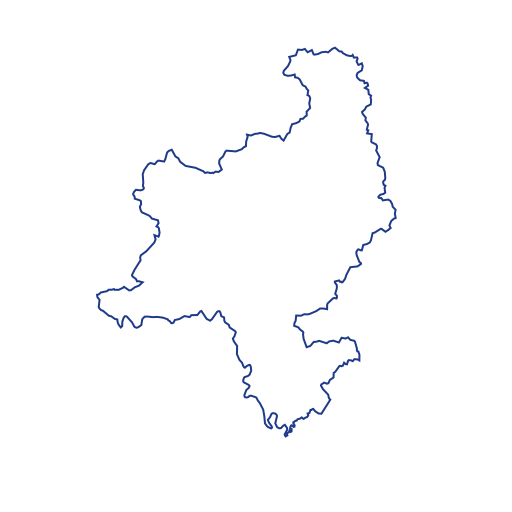 Van Quan, Lạng Sơn, Vietnam (Albers equal-area conic projection), rotated 160°
{"feature_id": "81297802B89235073975729", "entity_name": "Van Quan", "entity_type": "district", "adm_level": 2, "iso_a3": "VNM", "parent_name": "Vietnam", "parent_adm1": "Lạng Sơn", "projection": "albers", "projection_center": [106.543, 21.85], "detail": "fine", "context": "isolated", "style": "outline", "palette": "blue", "viewbox_px": 512, "rotation_deg": 160, "n_neighbors": 0, "source": "geoboundaries", "source_scale": "gbopen_adm2", "svg_char_len": 6079}
<svg xmlns="http://www.w3.org/2000/svg" viewBox="0 0 512 512"><g transform="rotate(160 256 256)"><path d="M94.4,363.4L94.2,365.8L93.0,367.3L94.7,369.5L93.6,373.8L96.2,376.7L92.4,377.7L92.1,380.0L92.6,381.0L94.9,381.2L94.7,383.7L98.1,385.5L99.7,388.6L99.9,390.0L99.4,391.7L97.9,393.3L93.1,394.3L90.8,397.9L90.7,400.9L94.1,400.4L94.6,400.9L94.9,404.5L93.0,406.7L93.1,408.0L96.2,409.0L96.4,411.8L97.3,411.3L98.8,411.5L102.1,413.6L105.1,417.1L105.5,418.8L107.6,419.7L110.5,424.7L113.3,424.6L118.6,422.7L120.8,424.1L124.6,425.0L128.8,424.6L132.4,425.3L132.9,425.8L133.1,430.4L137.8,429.8L139.3,433.9L142.3,433.9L146.0,435.6L149.9,431.0L156.7,431.7L156.6,428.3L157.2,427.2L160.9,423.6L166.5,420.5L167.7,418.9L167.4,416.6L164.6,414.5L161.4,413.6L157.6,413.3L158.2,410.5L156.0,409.3L154.6,407.2L153.7,400.5L151.5,398.2L151.2,395.8L150.3,393.7L152.6,389.5L151.8,389.0L151.1,387.7L151.2,385.5L153.8,381.1L154.5,376.6L159.1,374.3L160.3,370.6L162.2,370.2L164.9,368.9L167.3,369.6L169.3,367.5L173.0,367.1L177.0,367.5L179.6,364.6L182.2,360.5L184.8,360.0L190.6,355.0L192.1,357.6L192.8,360.9L197.5,361.3L200.2,362.6L206.6,368.1L210.2,370.3L212.5,370.4L215.0,371.1L219.7,371.0L222.9,373.1L223.1,370.8L226.0,367.1L227.9,362.6L230.2,362.4L233.0,361.2L239.3,361.2L247.7,365.1L248.9,364.7L253.0,360.8L256.9,359.2L257.8,358.2L259.0,355.6L258.6,348.9L262.5,347.8L265.1,349.1L267.7,348.5L268.4,349.2L270.0,349.3L273.1,351.2L275.5,351.5L276.5,353.6L282.7,359.6L291.3,364.7L295.1,370.5L295.5,374.3L297.7,377.2L298.8,384.6L301.9,384.6L304.1,383.7L308.1,378.0L310.0,376.2L315.0,379.0L316.4,378.8L319.8,376.9L323.4,379.5L326.0,379.0L331.9,374.8L334.5,371.5L336.8,363.5L338.3,360.5L338.1,358.1L338.7,357.6L339.6,357.1L341.9,357.1L346.2,359.3L349.1,357.7L350.4,356.0L349.8,353.1L350.3,351.3L346.3,348.2L345.4,347.0L346.3,343.9L348.3,342.0L348.7,338.6L348.4,336.2L343.0,330.9L342.0,329.5L341.0,326.7L335.9,323.1L336.3,320.2L339.4,317.8L338.1,316.6L337.8,315.4L338.6,311.0L340.4,308.0L341.0,307.5L344.3,310.3L344.7,305.9L347.0,303.4L357.4,298.0L364.1,296.0L365.4,294.2L365.9,291.5L374.7,284.7L378.6,281.0L379.2,280.1L379.0,279.0L376.6,275.3L376.5,272.9L374.8,272.4L371.5,270.1L376.3,268.1L380.4,268.1L385.2,266.6L387.0,267.1L390.6,272.2L391.9,271.6L396.7,271.2L400.4,272.6L400.8,273.5L403.0,273.6L406.1,274.7L408.0,273.9L414.2,274.8L416.8,273.7L418.6,273.9L419.1,271.5L418.0,268.3L421.3,261.7L421.0,260.1L419.9,257.9L418.6,257.0L414.7,250.2L412.6,248.8L410.2,245.2L408.0,243.8L408.6,241.4L408.6,238.7L407.5,235.1L405.7,235.9L404.0,240.1L401.6,243.1L400.0,244.2L399.1,244.0L398.1,243.3L395.2,236.1L394.4,230.9L392.8,229.4L390.7,229.4L387.4,230.3L384.5,235.5L381.4,237.1L378.0,235.9L374.3,234.0L369.6,232.5L364.7,230.0L360.6,226.7L360.5,225.7L359.1,223.9L358.6,221.9L357.9,221.5L356.2,221.6L354.2,223.6L349.6,223.0L343.8,224.0L339.2,221.3L337.0,222.5L331.3,220.6L327.3,223.0L326.1,223.0L323.9,213.8L321.2,210.9L319.0,211.7L311.7,216.8L310.3,217.0L309.2,216.6L308.8,215.4L309.2,211.3L307.0,209.2L307.9,206.0L307.7,204.2L305.1,200.6L305.2,197.9L301.1,192.2L301.1,191.2L303.7,187.9L306.0,186.3L306.0,183.3L304.5,177.9L307.5,170.3L307.1,164.1L305.6,160.3L305.6,156.9L305.1,155.2L304.5,154.8L302.3,155.8L299.5,156.0L298.8,155.4L298.8,153.7L299.7,149.9L302.6,146.7L304.6,146.0L308.1,146.1L308.8,145.8L310.5,143.6L310.9,142.6L310.7,141.5L307.0,137.4L306.5,136.0L308.0,134.5L310.9,133.4L314.5,129.3L314.8,128.1L314.6,127.0L313.0,126.2L311.6,126.1L309.8,126.8L308.2,126.3L304.4,123.2L304.0,122.4L303.7,119.6L302.7,116.3L301.8,109.2L302.9,103.0L304.8,95.6L303.6,91.7L301.3,89.2L300.6,88.8L299.6,89.3L299.5,90.5L300.8,95.0L300.9,97.9L298.0,99.7L295.4,102.4L293.9,102.6L292.0,101.5L291.0,100.0L291.0,98.4L295.1,92.2L294.7,88.0L293.2,86.2L291.4,85.7L288.5,87.2L286.6,87.5L285.6,83.6L286.2,82.0L290.2,78.4L289.9,76.4L287.9,76.7L287.8,78.7L285.3,79.2L284.1,80.7L283.6,78.8L282.6,79.0L281.7,81.2L282.6,82.3L282.4,83.5L280.8,84.8L280.2,84.7L279.1,82.5L278.2,82.5L277.6,83.8L278.1,86.2L277.8,87.0L276.6,87.1L275.6,87.7L274.1,87.4L272.8,88.4L270.2,88.1L268.3,88.7L267.0,86.6L264.9,87.2L263.0,87.2L261.4,88.3L261.4,90.3L259.5,90.2L257.5,92.7L256.5,92.3L255.7,92.8L254.5,92.8L253.6,90.1L251.2,86.7L248.5,85.4L235.3,95.6L236.1,97.4L235.6,101.0L238.6,108.0L239.3,112.0L238.6,112.9L235.3,113.7L232.9,111.7L231.5,111.7L228.9,114.3L224.7,115.3L223.0,119.5L221.1,120.1L215.3,124.0L214.6,124.1L213.2,123.1L211.9,123.2L209.7,125.6L208.8,123.8L207.6,123.1L205.3,126.0L204.5,126.4L202.6,125.6L201.1,124.1L198.8,125.4L195.8,124.0L194.6,122.5L192.6,127.7L192.5,131.3L193.4,131.8L193.5,132.8L192.8,134.7L192.3,141.8L192.7,142.7L196.1,145.0L197.3,148.1L200.1,147.8L203.5,149.9L207.7,146.4L212.3,150.0L216.4,150.7L219.4,149.8L225.7,154.7L228.6,154.8L231.1,155.5L235.8,152.9L239.6,153.0L239.6,161.9L238.6,166.3L237.7,167.8L237.8,168.8L239.9,172.2L240.7,174.6L244.0,177.3L242.9,179.7L240.9,181.6L238.6,186.3L234.1,184.5L230.6,184.8L227.6,183.5L225.2,183.2L218.3,183.6L213.7,184.7L210.2,183.4L207.4,181.7L205.8,185.9L204.8,187.0L198.0,189.9L196.6,189.7L195.0,188.6L194.2,189.2L193.6,191.0L194.5,193.4L191.1,198.0L190.0,200.9L191.0,204.2L190.6,205.1L186.3,204.6L185.9,203.0L185.0,202.9L184.3,201.8L183.4,201.9L180.1,204.1L177.6,207.3L171.2,213.2L164.1,211.5L160.1,212.6L159.8,213.3L160.9,215.2L161.1,222.5L160.4,225.4L158.2,227.2L157.4,227.2L155.5,225.4L154.6,225.1L151.4,229.7L148.1,229.3L144.7,229.7L142.7,231.3L138.6,237.6L136.5,237.4L129.5,238.9L128.7,238.5L126.1,234.5L122.5,235.3L119.9,236.3L120.2,239.0L117.0,242.6L113.7,243.9L111.8,243.9L111.0,248.4L109.0,251.7L110.7,255.5L110.3,258.3L110.9,261.9L112.5,263.8L117.8,264.9L118.4,267.5L120.4,268.3L120.9,269.3L120.4,270.1L118.1,271.1L115.1,270.7L112.9,271.3L111.9,276.1L110.3,277.8L111.6,279.1L111.4,281.7L110.7,282.7L108.8,283.5L107.9,284.9L106.2,291.0L106.3,295.5L110.4,299.7L110.0,301.8L106.0,306.6L107.0,314.0L105.3,316.3L104.7,318.1L105.1,319.9L108.3,323.2L108.6,324.2L105.5,330.9L109.7,333.2L107.5,335.7L108.7,336.8L105.7,341.2L105.8,342.9L106.8,346.0L105.5,348.5L107.1,352.9L107.1,355.1L103.7,356.4L101.3,358.6L96.3,359.2L94.4,363.4Z" fill="none" stroke="#1e3a8a" stroke-width="2"/></g></svg>